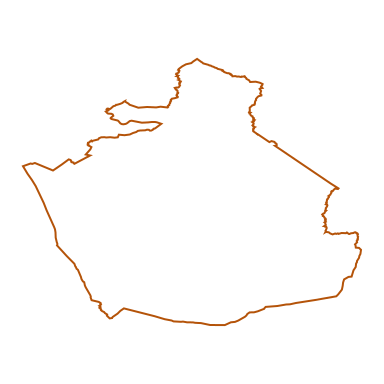 "Søndre Land" nor, Oppland, Norway
{"feature_id": "86288312B15696105865546", "entity_name": "\"Søndre Land\" nor", "entity_type": "district", "adm_level": 2, "iso_a3": "NOR", "parent_name": "Norway", "parent_adm1": "Oppland", "projection": "robinson", "projection_center": [10.325, 60.703], "detail": "fine", "context": "isolated", "style": "outline", "palette": "amber", "viewbox_px": 384, "rotation_deg": 0, "n_neighbors": 0, "source": "geoboundaries", "source_scale": "gbopen_adm2", "svg_char_len": 5943}
<svg xmlns="http://www.w3.org/2000/svg" viewBox="0 0 384 384"><path d="M186.0,64.3L182.3,66.3L178.7,69.0L178.2,69.8L178.9,70.0L179.4,70.8L178.7,71.4L178.8,72.4L177.3,73.4L176.4,73.5L176.0,74.1L176.8,75.1L178.1,75.6L177.1,76.2L178.0,76.3L177.9,77.8L178.5,78.0L178.5,78.4L179.4,78.9L179.3,79.7L178.6,80.0L179.3,80.3L180.1,81.3L180.8,81.5L180.2,82.7L179.4,82.7L179.2,83.1L179.2,83.5L179.7,83.7L179.4,84.7L180.0,85.3L179.2,86.8L178.2,87.5L176.5,87.5L174.8,87.9L175.9,89.6L176.8,90.0L177.6,91.0L177.4,92.2L178.2,92.8L178.1,93.2L177.0,94.1L177.1,95.0L176.5,95.3L177.0,96.4L177.8,96.9L177.7,97.3L174.7,98.2L171.9,98.7L171.5,99.3L170.8,99.7L170.7,100.5L171.1,100.7L171.1,100.9L170.1,102.0L170.3,102.6L169.9,102.9L170.0,103.4L169.1,104.5L169.2,105.2L168.4,105.5L167.8,106.0L167.7,106.4L168.1,107.0L167.6,107.5L160.6,106.7L156.2,107.4L147.1,107.0L138.3,107.7L129.5,104.7L128.6,103.7L125.1,101.6L124.9,101.4L125.0,101.1L123.5,101.9L122.5,102.9L120.1,103.9L116.7,104.9L116.1,104.8L115.4,105.6L113.4,106.2L110.3,108.9L109.2,109.0L108.2,108.6L107.3,108.6L106.6,109.3L107.0,109.7L107.2,110.2L107.9,110.6L105.8,111.5L107.3,113.1L108.1,113.6L111.5,113.8L112.8,114.5L113.3,115.8L110.7,117.9L110.6,118.2L111.4,119.0L117.6,120.5L118.3,120.9L120.4,123.4L121.8,124.1L123.4,124.3L125.7,123.9L127.1,123.2L129.7,121.1L131.6,120.7L141.9,122.7L148.0,122.4L151.8,122.0L155.1,122.0L156.8,122.3L161.3,123.8L155.1,128.4L153.7,128.7L153.4,129.0L153.6,129.1L152.6,129.9L151.1,130.6L149.8,130.6L148.9,129.8L147.0,129.7L145.2,130.3L140.2,130.5L137.8,130.9L136.3,132.0L133.0,133.0L129.8,134.5L124.5,135.2L118.9,134.7L117.8,137.3L114.6,137.7L110.2,137.2L106.2,137.5L104.5,137.2L101.2,137.3L98.9,138.3L98.3,139.4L92.7,140.8L92.1,141.4L91.3,140.6L90.8,141.2L90.1,141.4L89.5,142.2L88.1,142.7L88.2,143.1L87.9,143.4L88.4,144.1L88.0,144.5L88.1,144.8L87.8,145.0L88.5,145.7L89.0,145.7L91.4,147.1L90.3,149.4L85.8,154.5L90.1,155.5L74.4,163.8L73.7,163.3L73.5,162.5L71.5,162.2L71.2,161.8L71.4,161.3L70.6,160.0L68.7,159.4L61.8,164.5L53.0,170.5L34.9,163.0L32.2,163.9L30.6,163.5L23.0,166.2L27.5,173.7L32.0,180.1L35.7,186.1L43.7,202.9L46.6,210.3L54.2,227.2L55.0,229.3L55.5,232.4L55.7,237.7L56.8,242.3L57.3,243.5L57.3,244.9L57.0,245.4L66.7,256.0L74.4,263.8L75.4,266.6L75.9,267.0L76.5,268.7L77.9,269.8L81.0,277.1L81.4,278.8L81.8,279.6L82.9,281.4L84.2,282.2L84.9,285.5L85.7,287.3L90.4,295.4L90.8,296.8L90.6,297.4L91.6,300.2L98.7,301.9L100.6,303.0L100.7,303.4L100.3,303.6L100.3,304.4L100.8,304.7L100.3,305.3L99.6,305.7L100.0,305.9L100.5,306.9L99.4,307.4L99.4,307.9L100.6,308.6L101.1,309.4L100.8,309.7L100.9,310.1L102.1,311.1L104.2,312.1L104.9,313.1L107.0,314.4L106.9,314.7L107.2,315.0L106.9,315.7L109.7,318.4L112.1,318.0L112.2,317.6L112.8,316.9L117.6,313.6L120.3,310.9L123.9,308.4L154.6,316.2L164.7,319.2L171.6,320.5L173.5,321.4L181.0,321.8L183.0,321.6L186.9,322.3L193.0,322.4L195.1,322.8L201.0,323.1L210.1,325.0L224.8,325.1L230.9,322.3L235.0,321.9L238.2,320.6L244.9,316.8L246.4,315.5L247.3,314.0L249.6,312.4L254.1,312.3L257.8,311.3L264.2,308.8L264.5,308.1L265.7,306.9L277.4,306.0L286.1,304.5L290.0,304.3L295.9,303.0L315.2,300.0L336.3,296.3L338.2,294.4L341.9,289.6L342.7,285.8L343.1,282.5L344.1,279.4L348.5,276.9L351.6,276.6L353.5,270.3L355.7,267.0L356.1,263.5L356.9,262.3L357.0,261.0L359.1,257.7L359.3,256.1L360.4,254.0L361.0,249.8L359.0,247.9L355.8,247.6L355.5,245.3L355.0,244.4L357.1,242.3L356.7,241.0L357.6,240.1L357.9,239.3L357.9,239.0L357.5,239.0L358.1,236.8L357.7,236.4L357.5,234.8L357.6,234.5L357.9,234.3L357.7,233.7L356.9,233.5L356.9,233.1L355.9,232.8L355.6,232.3L354.4,232.4L353.5,233.0L350.9,233.3L349.4,234.0L348.7,233.9L346.9,232.5L346.0,233.2L341.6,233.0L338.5,233.9L337.9,233.4L336.2,233.9L335.2,233.5L332.6,234.4L330.1,233.4L328.8,232.3L325.9,231.9L325.4,232.2L325.8,231.4L325.5,230.8L325.9,230.2L326.7,228.0L326.3,226.9L325.1,226.7L324.9,226.2L324.2,226.1L325.8,224.9L325.0,222.7L324.6,222.4L325.7,221.8L325.3,221.4L325.7,220.8L324.9,220.0L325.0,219.6L325.8,219.1L325.5,218.5L324.4,217.7L324.4,217.3L323.6,216.2L322.9,216.0L323.0,215.5L322.2,214.5L323.1,213.7L324.4,213.2L324.9,212.0L325.8,211.0L325.4,211.0L325.2,210.5L325.7,209.8L325.6,209.6L326.0,208.1L325.9,208.0L327.0,206.5L327.4,205.3L327.1,204.6L325.8,204.3L326.7,202.9L326.3,202.5L326.7,202.1L326.6,201.4L327.0,200.8L326.9,200.0L327.2,199.2L327.8,199.0L328.3,197.8L328.9,197.2L328.8,196.7L329.3,195.8L328.9,195.7L330.4,194.6L331.2,192.8L331.5,192.6L331.2,191.8L331.6,191.1L332.8,191.0L333.8,189.7L335.1,188.6L338.0,189.0L338.5,188.4L330.8,183.6L275.0,145.8L276.4,145.5L276.7,145.3L276.7,144.8L276.5,143.8L274.8,142.6L274.5,141.9L271.5,141.1L269.4,142.1L258.6,134.8L257.8,134.7L257.5,134.0L256.7,133.9L256.4,133.4L253.3,131.3L253.4,130.8L253.1,130.6L253.1,129.0L254.0,128.6L254.3,127.4L254.8,127.1L253.7,126.7L253.4,126.6L253.6,126.2L252.5,125.4L253.7,123.8L253.3,122.8L252.3,122.1L253.0,121.8L252.9,121.5L253.9,121.3L254.3,120.6L254.2,120.4L254.5,120.1L253.2,119.7L253.2,119.0L253.9,118.8L253.7,118.3L253.8,118.1L252.6,117.2L252.6,116.4L251.2,115.7L250.6,115.1L250.2,113.9L249.4,113.5L249.5,113.1L250.3,112.6L249.1,112.2L249.8,110.9L249.7,107.7L252.0,105.7L252.1,105.4L254.4,104.8L254.4,104.4L254.9,103.9L254.7,103.5L255.0,102.9L254.9,102.4L255.2,101.2L256.1,100.0L255.9,99.5L256.0,98.9L257.6,97.0L258.6,96.2L261.4,95.5L261.5,95.0L260.2,93.6L261.1,91.0L259.6,88.9L260.4,88.3L262.4,88.0L261.9,87.4L261.2,87.1L261.0,86.6L262.5,84.7L262.6,84.0L259.7,82.7L255.7,81.7L250.1,82.0L249.2,80.4L246.4,78.8L246.2,78.0L244.6,76.8L244.8,76.4L244.6,76.2L242.7,76.7L241.8,76.5L241.1,77.0L238.7,76.5L237.1,76.6L235.3,76.1L232.4,76.3L232.0,75.3L231.4,75.1L231.5,74.7L231.3,74.4L230.3,74.4L229.8,74.0L229.9,73.7L229.4,73.6L228.9,73.2L227.3,73.2L224.3,72.1L224.3,71.9L222.9,71.1L223.1,71.0L222.8,70.7L223.0,70.4L222.7,70.1L217.5,68.8L216.8,68.1L214.6,67.5L213.8,66.9L211.6,66.2L210.8,65.6L209.3,65.4L208.6,64.9L203.2,63.4L202.3,62.5L201.5,62.1L197.1,58.9L193.2,61.5L191.3,63.1L186.0,64.3Z" fill="none" stroke="#b45309" stroke-width="2"/></svg>